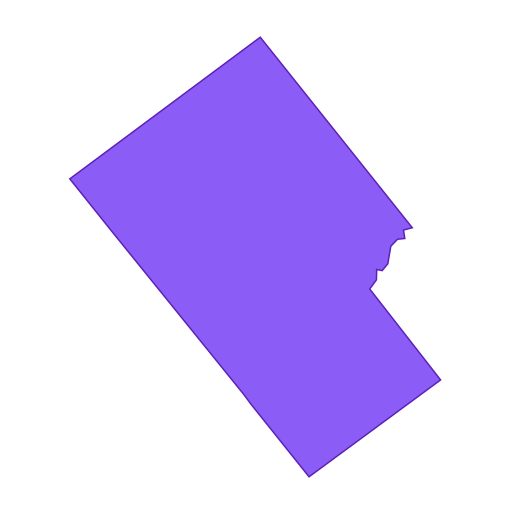 DeWitt, Texas, United States of America (Robinson projection), rotated 272°
{"feature_id": "52423323B62485565379891", "entity_name": "DeWitt", "entity_type": "district", "adm_level": 2, "iso_a3": "USA", "parent_name": "United States of America", "parent_adm1": "Texas", "projection": "robinson", "projection_center": [-97.385, 29.099], "detail": "fine", "context": "isolated", "style": "filled", "palette": "violet", "viewbox_px": 512, "rotation_deg": 272, "n_neighbors": 0, "source": "geoboundaries", "source_scale": "gbopen_adm2", "svg_char_len": 384}
<svg xmlns="http://www.w3.org/2000/svg" viewBox="0 0 512 512"><g transform="rotate(272 256 256)"><path d="M326.6,67.2L273.2,113.1L117.0,248.8L107.4,256.4L37.2,316.7L138.6,444.8L227.0,370.8L236.4,377.2L246.7,377.1L245.8,382.6L252.8,388.0L270.5,390.4L277.7,396.9L278.7,404.1L287.1,402.5L289.7,411.2L474.8,252.6L326.6,67.2Z" fill="#8b5cf6" stroke="#5b21b6" stroke-width="1.5"/></g></svg>